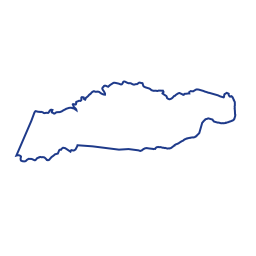 outline of Santo Domingo, Heredia, Costa Rica, rotated 196°
{"feature_id": "36466004B42528660936066", "entity_name": "Santo Domingo", "entity_type": "district", "adm_level": 2, "iso_a3": "CRI", "parent_name": "Costa Rica", "parent_adm1": "Heredia", "projection": "orthographic", "projection_center": [-84.061, 9.988], "detail": "fine", "context": "isolated", "style": "outline", "palette": "blue", "viewbox_px": 256, "rotation_deg": 196, "n_neighbors": 0, "source": "geoboundaries", "source_scale": "gbopen_adm2", "svg_char_len": 5788}
<svg xmlns="http://www.w3.org/2000/svg" viewBox="0 0 256 256"><g transform="rotate(196 128 128)"><path d="M227.7,70.7L226.9,71.2L225.7,71.7L224.7,71.7L223.5,71.4L223.0,71.0L222.9,70.6L222.9,69.3L222.7,68.7L222.4,67.9L222.0,67.3L221.6,67.1L220.2,67.0L218.5,67.3L217.5,67.8L217.0,68.3L216.4,69.5L215.0,71.0L213.5,71.3L213.0,71.5L212.0,71.7L210.6,71.5L209.4,71.3L208.6,71.3L208.2,71.6L208.1,71.8L207.6,72.5L207.2,73.6L206.9,74.1L206.2,74.6L205.7,74.8L205.7,75.1L205.5,75.3L204.4,76.0L202.8,76.1L202.0,76.5L201.2,76.6L200.7,76.7L199.6,76.4L198.3,75.7L197.8,75.3L196.9,75.1L196.9,74.9L196.4,74.9L195.8,75.1L195.1,75.6L194.9,75.8L194.7,76.5L193.8,78.3L193.7,78.6L193.3,79.3L192.8,79.8L191.5,81.6L190.9,82.6L188.4,84.1L188.0,87.6L187.9,87.9L187.7,88.2L187.6,88.3L186.4,88.6L186.1,89.7L185.0,91.1L184.3,91.2L182.8,91.3L176.8,89.4L176.7,90.4L176.4,91.1L174.3,91.3L173.8,91.5L172.6,92.8L172.4,93.3L172.4,93.9L172.2,94.3L172.1,95.1L171.8,96.1L171.8,97.5L157.0,100.6L130.7,104.7L121.7,107.9L111.8,109.4L109.9,109.3L109.7,109.5L109.3,109.7L108.9,110.1L108.5,110.3L107.8,111.4L107.4,111.8L107.2,112.2L106.8,112.4L106.0,113.2L105.6,113.4L105.1,113.5L104.5,113.9L103.0,114.0L102.6,114.1L101.6,114.2L100.7,114.4L99.7,114.5L99.2,114.7L97.8,114.7L97.0,115.2L96.1,115.4L95.9,116.2L95.5,117.0L95.0,117.5L94.2,117.8L93.8,118.1L92.8,118.1L92.4,118.3L91.5,118.6L89.1,118.6L88.7,118.8L87.3,118.8L86.9,119.1L84.4,119.1L84.0,119.3L82.8,119.8L82.3,119.8L82.0,120.1L81.3,120.5L80.7,121.1L80.2,121.9L79.0,123.4L78.8,123.8L78.4,124.0L78.4,124.5L77.1,125.8L76.6,126.0L75.9,126.7L75.5,126.9L75.2,127.2L74.3,128.4L73.6,129.0L73.4,129.4L72.5,130.3L71.8,130.8L71.1,131.6L71.0,132.0L70.3,132.8L69.5,133.2L69.1,133.8L68.7,134.1L68.2,134.2L68.0,134.5L67.5,134.7L66.3,135.4L65.4,135.7L64.8,136.2L63.9,136.5L63.0,136.9L62.6,136.9L61.3,137.6L61.0,138.0L60.8,138.4L60.4,138.5L60.0,139.4L59.7,139.6L59.6,140.1L58.7,141.6L58.1,142.8L58.1,153.5L57.7,154.3L57.5,154.6L57.4,155.1L56.9,155.9L56.8,156.3L56.2,157.0L56.2,157.4L55.5,158.1L54.7,158.4L54.2,158.9L53.4,159.4L49.1,159.4L48.5,158.8L47.8,158.4L47.5,158.1L47.1,157.9L43.2,157.9L42.3,158.2L39.9,158.2L39.5,158.3L39.1,158.5L38.6,158.7L38.1,158.7L37.8,158.9L37.4,158.9L35.6,159.7L35.4,160.1L34.9,160.1L34.2,160.7L32.9,161.4L32.3,162.1L31.9,162.2L31.5,162.5L30.4,163.3L30.2,163.6L29.7,163.8L29.0,164.5L28.9,164.9L28.5,165.3L28.5,165.8L28.3,166.0L28.3,169.4L28.5,169.8L28.5,170.3L28.7,170.6L29.0,170.9L29.1,171.4L29.3,171.9L29.7,173.2L29.9,173.6L30.0,174.1L30.4,174.9L30.6,175.8L30.9,176.1L31.0,177.0L31.5,178.3L31.5,179.2L32.4,182.1L32.8,182.8L33.8,183.7L33.9,184.1L34.3,184.3L35.1,185.5L35.3,185.6L35.8,186.2L36.0,186.2L36.3,186.6L36.7,186.7L36.8,186.9L37.4,187.1L37.6,187.1L38.2,186.4L38.9,186.3L39.7,186.9L40.2,187.4L40.6,188.1L40.7,188.7L42.8,189.0L44.1,187.5L44.4,187.3L44.4,187.1L44.5,187.0L44.6,186.3L44.4,185.3L44.4,183.9L44.5,183.8L48.1,183.8L50.6,184.2L59.6,184.2L60.0,184.1L61.6,184.1L61.9,184.2L64.5,184.2L65.5,184.4L70.7,184.4L72.4,184.1L73.0,183.8L73.5,183.4L75.5,181.2L78.8,180.5L78.7,180.5L78.7,180.3L79.0,179.3L78.7,178.3L78.6,178.1L79.4,177.9L81.4,177.0L82.9,176.5L83.2,176.3L83.6,175.2L84.2,175.1L85.3,175.4L88.0,175.8L88.3,175.8L88.9,175.4L89.7,174.7L91.3,172.8L91.7,171.9L92.4,171.5L92.7,171.2L92.9,170.6L93.7,169.1L94.4,168.2L95.4,167.4L96.2,167.0L97.4,167.1L98.6,167.5L98.8,167.7L99.6,169.0L100.0,169.3L101.7,169.8L104.4,170.7L104.4,170.8L104.4,171.1L103.8,172.1L103.8,172.5L104.3,173.0L104.7,173.5L108.9,172.4L109.4,172.0L110.1,171.6L110.9,171.6L112.0,171.4L113.6,170.8L115.5,170.8L116.3,171.0L117.4,171.6L118.4,171.8L122.5,171.9L124.1,172.2L124.9,172.7L125.8,174.1L126.2,174.8L126.5,175.1L127.5,174.9L128.7,174.9L129.5,174.8L130.1,174.4L131.0,173.1L131.5,172.6L132.4,172.4L133.2,171.9L134.2,171.3L135.7,171.3L137.4,171.7L138.0,171.7L139.0,171.5L139.6,171.2L140.6,171.2L141.4,171.3L143.4,171.7L144.1,171.7L144.8,171.5L145.2,171.1L145.4,170.5L145.4,170.0L145.7,168.9L146.1,168.2L146.9,167.9L149.2,168.1L152.5,167.9L153.7,167.7L154.4,167.4L157.4,164.0L157.4,163.8L157.7,163.3L157.9,163.2L158.4,162.2L159.4,162.2L160.2,162.4L161.8,162.4L162.0,162.2L162.7,161.7L162.8,161.1L163.5,160.0L163.6,159.4L163.6,158.8L163.5,158.6L163.0,158.1L162.6,157.6L161.5,156.8L160.4,155.7L159.6,154.8L159.4,154.2L159.3,153.7L160.2,153.5L161.2,153.5L162.8,153.7L163.3,153.9L163.7,153.9L164.2,154.2L164.4,154.2L165.6,154.7L166.8,154.7L167.2,154.5L167.7,154.5L168.1,154.2L169.1,153.9L170.4,153.9L170.9,154.0L171.9,153.2L172.1,152.8L172.5,152.5L172.7,152.2L173.2,150.9L173.5,150.6L173.6,150.2L174.1,149.8L174.1,149.6L174.4,149.3L174.8,148.6L175.0,147.9L176.6,145.5L176.8,145.4L176.9,145.1L176.9,143.7L177.0,143.4L177.9,143.6L178.5,143.9L178.7,144.4L178.7,144.6L179.1,145.2L180.8,145.0L181.1,144.7L181.2,144.2L180.6,142.3L180.6,141.9L181.1,141.0L181.2,140.9L181.6,140.9L182.7,140.6L184.0,139.5L184.9,138.9L184.9,138.1L184.6,137.4L184.6,136.4L185.1,136.0L186.7,136.0L187.2,135.8L187.4,135.8L187.6,135.6L187.6,135.4L186.9,134.7L186.0,133.4L183.9,132.3L183.3,131.9L182.6,131.1L182.5,130.9L183.6,131.3L183.8,131.3L184.6,131.8L184.8,131.8L188.0,131.8L189.0,131.6L190.2,131.1L192.9,129.3L193.1,128.9L194.4,127.8L194.8,127.3L195.4,126.8L196.2,125.8L196.7,125.4L197.8,124.6L198.7,124.2L199.3,124.1L201.1,123.4L201.8,122.7L202.0,122.3L202.4,121.8L202.5,121.7L202.9,121.5L203.0,121.6L204.0,121.7L204.5,121.9L205.5,122.0L205.8,122.4L205.8,123.2L205.7,123.3L205.7,123.5L205.6,124.5L206.4,124.5L207.1,124.3L207.4,124.1L207.6,123.8L207.7,123.6L208.0,123.2L208.2,122.4L208.3,121.8L208.6,121.0L208.9,120.5L209.2,120.4L210.0,120.3L210.7,120.1L211.6,119.7L212.1,119.4L212.6,119.2L213.2,119.2L214.2,119.6L215.8,119.6L216.2,119.5L216.6,119.2L217.4,119.2L217.7,119.0L218.7,118.9L219.0,118.8L221.0,118.8L221.6,118.7L222.2,117.2L222.9,108.1L227.7,70.7Z" fill="none" stroke="#1e3a8a" stroke-width="2"/></g></svg>